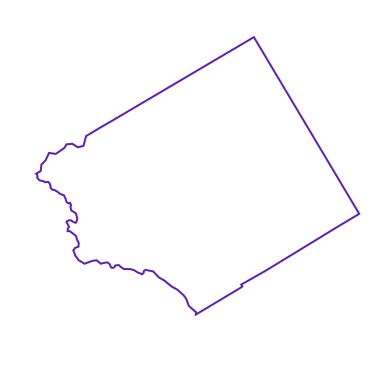 Eagle, Colorado, United States of America (Equal Earth projection), rotated 149°
{"feature_id": "52423323B31771107435040", "entity_name": "Eagle", "entity_type": "district", "adm_level": 2, "iso_a3": "USA", "parent_name": "United States of America", "parent_adm1": "Colorado", "projection": "equal_earth", "projection_center": [-106.318, 39.637], "detail": "fine", "context": "isolated", "style": "outline", "palette": "violet", "viewbox_px": 384, "rotation_deg": 149, "n_neighbors": 0, "source": "geoboundaries", "source_scale": "gbopen_adm2", "svg_char_len": 1413}
<svg xmlns="http://www.w3.org/2000/svg" viewBox="0 0 384 384"><g transform="rotate(149 192 192)"><path d="M197.5,85.1L197.5,87.3L169.6,86.6L82.5,87.2L59.9,87.2L59.2,292.9L230.5,294.3L236.1,294.5L254.0,294.5L261.3,287.4L266.9,289.2L269.7,294.9L275.1,297.5L278.7,295.5L289.1,294.8L294.4,299.1L301.3,294.5L306.9,293.1L310.9,287.9L316.2,287.9L315.8,287.2L316.2,285.1L317.3,284.1L316.8,280.7L314.5,278.4L313.7,277.7L312.9,276.0L310.0,274.7L309.6,272.5L310.3,269.8L311.1,268.3L310.5,266.0L308.8,264.4L307.2,261.3L306.1,258.5L303.5,255.1L303.9,251.2L304.7,247.9L303.5,245.7L302.1,245.5L302.4,243.0L303.7,242.2L305.0,238.3L302.5,233.6L303.9,228.4L305.6,226.7L306.8,225.6L308.0,225.8L309.3,227.9L310.5,230.2L312.2,231.2L313.6,231.2L314.0,231.4L315.0,230.8L315.1,229.5L315.3,225.5L317.5,224.4L318.8,222.5L317.0,221.5L315.3,217.4L314.1,214.0L315.1,210.4L315.3,206.7L317.5,203.6L320.8,204.3L323.8,203.1L324.8,197.6L324.3,192.0L321.1,185.9L312.7,184.2L308.9,182.6L307.1,177.5L303.2,176.3L300.9,175.3L299.8,173.1L300.0,170.6L300.1,168.7L298.6,167.6L297.3,167.5L295.6,168.5L292.4,167.1L291.4,163.7L290.0,161.0L287.2,159.3L284.2,157.4L281.7,154.5L279.9,150.8L277.5,148.0L277.5,147.3L275.4,147.4L274.1,149.0L271.8,149.2L269.4,146.8L266.2,144.0L264.3,135.6L261.3,130.4L258.1,121.4L255.0,116.1L252.3,107.5L252.0,103.2L253.4,96.1L250.5,86.9L251.8,85.0L199.8,84.9L197.5,85.1Z" fill="none" stroke="#5b21b6" stroke-width="2"/></g></svg>